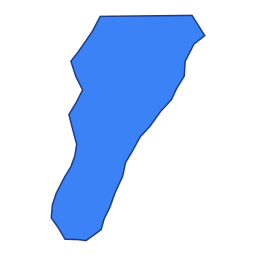 Kannavia, Nicosia, Cyprus
{"feature_id": "46923920B89449499533313", "entity_name": "Kannavia", "entity_type": "district", "adm_level": 2, "iso_a3": "CYP", "parent_name": "Cyprus", "parent_adm1": "Nicosia", "projection": "equal_earth", "projection_center": [32.984, 34.982], "detail": "fine", "context": "isolated", "style": "filled", "palette": "blue", "viewbox_px": 256, "rotation_deg": 0, "n_neighbors": 0, "source": "geoboundaries", "source_scale": "gbopen_adm2", "svg_char_len": 586}
<svg xmlns="http://www.w3.org/2000/svg" viewBox="0 0 256 256"><path d="M70.9,61.2L75.7,76.1L82.6,89.9L76.7,101.7L68.9,114.5L73.8,133.6L76.7,144.3L74.8,156.0L70.9,166.7L65.0,176.3L56.2,193.3L52.3,205.1L51.3,217.9L58.1,227.5L59.6,229.9L65.0,239.2L78.3,239.6L86.0,240.6L95.0,234.1L101.1,229.6L104.1,218.9L109.9,207.2L114.8,193.3L122.6,176.3L125.6,162.4L131.4,152.8L140.2,136.8L150.0,126.2L160.7,111.3L171.5,99.5L176.4,88.9L184.2,76.1L185.2,61.2L193.9,44.1L204.7,35.6L192.0,15.4L100.2,16.4L92.4,31.3L83.6,44.1L77.7,52.6L70.9,61.2Z" fill="#3b82f6" stroke="#1e3a8a" stroke-width="1.5"/></svg>